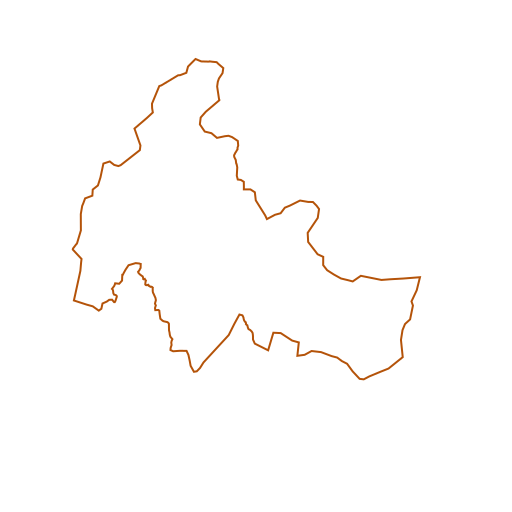 Zaria, Kaduna, Nigeria, rotated 214°
{"feature_id": "59680162B50201894093674", "entity_name": "Zaria", "entity_type": "district", "adm_level": 2, "iso_a3": "NGA", "parent_name": "Nigeria", "parent_adm1": "Kaduna", "projection": "natural_earth1", "projection_center": [7.7, 11.029], "detail": "fine", "context": "isolated", "style": "outline", "palette": "amber", "viewbox_px": 512, "rotation_deg": 214, "n_neighbors": 0, "source": "geoboundaries", "source_scale": "gbopen_adm2", "svg_char_len": 3671}
<svg xmlns="http://www.w3.org/2000/svg" viewBox="0 0 512 512"><g transform="rotate(214 256 256)"><path d="M403.2,391.5L403.6,390.9L410.2,386.7L416.3,385.5L418.3,375.1L416.2,368.9L420.1,363.4L421.6,362.3L429.9,344.5L431.2,342.8L427.4,324.1L424.8,320.5L421.8,317.3L423.7,309.2L428.0,293.7L413.6,283.0L411.5,278.8L419.0,255.6L420.4,253.6L424.5,252.2L430.1,252.6L434.2,247.3L428.9,234.2L426.5,226.1L428.5,219.8L425.4,214.5L429.9,208.2L428.6,202.9L428.1,200.3L424.7,192.8L415.5,179.3L411.7,167.2L411.4,166.1L411.6,165.2L411.9,159.8L411.5,158.9L405.5,157.5L399.0,156.0L397.3,152.7L393.3,145.5L384.1,122.4L382.1,117.3L369.2,121.0L363.2,123.0L355.8,122.8L354.7,125.8L356.7,130.8L354.2,134.8L353.2,137.6L350.9,139.3L347.9,138.4L347.3,138.8L347.4,140.1L348.6,144.3L348.9,144.8L349.4,145.1L350.0,145.2L350.7,145.1L352.1,144.6L353.5,145.4L355.1,147.3L356.2,148.1L357.0,148.2L356.8,151.9L357.0,152.9L357.1,153.4L357.5,154.6L353.9,156.5L353.3,160.7L356.0,165.1L355.8,165.1L356.2,168.2L356.5,171.8L356.5,177.1L351.8,182.8L348.6,184.5L347.3,184.8L347.1,184.9L346.8,184.4L345.0,181.6L344.9,180.0L344.7,178.9L344.9,176.9L343.8,176.2L342.3,175.9L341.6,175.8L339.8,175.7L338.5,175.7L337.4,174.8L336.5,173.8L336.0,173.9L335.4,174.8L334.8,174.4L333.5,174.1L333.3,173.4L333.3,173.1L332.3,171.2L331.9,170.5L331.3,170.3L330.7,170.4L329.6,171.4L329.3,171.9L328.8,171.8L328.3,171.3L327.2,171.5L326.7,171.4L326.3,171.4L325.9,171.9L324.9,172.2L323.8,172.0L323.6,171.4L323.1,170.8L322.8,170.3L322.2,169.5L322.2,169.4L321.7,168.8L321.1,168.2L320.9,168.0L320.1,167.6L315.9,165.0L314.3,163.4L314.1,162.9L313.7,161.6L313.1,160.0L311.4,159.0L311.0,157.5L310.6,156.3L309.2,154.8L306.7,156.7L305.6,156.6L303.5,154.1L300.2,150.5L297.2,150.1L295.9,150.3L292.6,151.6L291.4,151.6L290.3,151.1L288.7,148.8L286.6,145.8L284.9,144.2L283.5,142.6L281.9,141.2L278.8,140.3L278.5,138.5L277.8,136.8L276.2,135.0L275.7,133.2L275.3,131.9L274.3,130.2L271.4,130.7L265.9,135.0L260.5,138.5L256.7,136.2L252.4,132.1L248.8,128.4L242.7,125.3L240.6,127.3L239.8,131.8L240.0,138.4L234.4,175.2L236.0,187.5L236.5,192.7L237.0,198.2L234.1,199.2L233.1,198.7L231.9,197.9L231.2,197.1L230.0,196.1L228.4,195.3L227.6,195.4L226.6,194.6L226.3,193.9L225.5,193.7L224.4,193.7L223.6,192.9L222.3,191.8L221.3,191.2L219.4,191.4L217.3,191.0L215.8,190.3L214.5,188.9L213.5,187.6L211.8,185.1L208.0,182.7L193.2,184.6L198.7,202.1L192.4,205.9L178.7,206.1L172.2,208.3L165.9,196.4L160.4,201.3L156.8,208.3L148.3,212.7L137.3,215.3L131.9,217.2L126.1,216.9L120.2,217.6L111.4,214.4L101.4,212.1L97.7,214.0L94.7,219.6L88.3,229.3L83.2,236.8L77.8,254.2L88.9,267.5L93.1,276.5L94.4,282.8L94.2,283.9L92.8,289.6L98.2,302.7L101.7,305.3L103.6,317.5L108.2,330.1L121.4,319.6L131.8,311.7L138.6,306.3L158.0,298.2L161.6,289.0L166.2,287.4L172.9,284.9L181.0,284.2L189.1,284.0L195.2,286.0L199.8,292.9L205.9,291.9L214.0,294.6L220.6,296.8L226.1,304.1L226.1,322.1L228.6,327.3L230.0,330.2L234.0,331.6L239.0,332.6L243.0,330.0L250.5,326.6L256.1,316.7L259.1,312.2L259.5,305.2L263.3,300.8L267.6,292.7L271.1,294.8L287.3,302.0L292.6,308.2L297.9,308.1L303.3,304.4L304.6,306.4L307.6,310.7L311.1,310.6L313.9,309.2L316.8,311.8L321.1,319.0L323.5,321.4L324.0,321.5L325.1,322.7L326.5,324.3L329.2,325.8L330.0,326.6L330.4,327.1L330.6,327.8L330.7,329.2L330.8,329.6L330.9,330.3L330.8,331.2L330.9,332.0L331.0,333.0L330.9,334.0L331.9,335.5L332.5,337.6L335.4,341.2L342.3,341.2L346.0,340.3L348.8,337.9L354.4,332.1L361.6,332.9L368.1,330.5L368.3,330.6L376.1,333.7L376.7,334.8L379.3,339.9L378.3,347.5L373.5,364.7L373.6,364.9L374.2,365.2L383.0,374.8L385.1,379.1L386.0,382.5L386.0,388.9L388.2,393.5L394.5,394.2L397.0,394.7L400.7,392.7L403.1,391.5L403.2,391.5Z" fill="none" stroke="#b45309" stroke-width="2"/></g></svg>